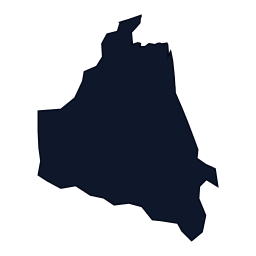 outline of Louroukina, Cyprus
{"feature_id": "46923920B91087779274595", "entity_name": "Louroukina", "entity_type": "district", "adm_level": 2, "iso_a3": "CYP", "parent_name": "Cyprus", "parent_adm1": "", "projection": "mercator", "projection_center": [33.49, 35.022], "detail": "fine", "context": "isolated", "style": "filled", "palette": "ink", "viewbox_px": 256, "rotation_deg": 0, "n_neighbors": 0, "source": "geoboundaries", "source_scale": "gbopen_adm2", "svg_char_len": 1273}
<svg xmlns="http://www.w3.org/2000/svg" viewBox="0 0 256 256"><path d="M119.8,22.4L120.2,22.7L117.5,31.5L107.1,34.1L101.9,43.7L102.7,56.8L96.6,66.5L84.4,71.7L82.7,81.4L74.9,98.0L60.9,109.4L38.3,111.1L38.3,131.2L39.1,147.9L40.9,161.0L38.3,175.0L47.8,181.1L60.9,188.1L75.7,185.5L82.5,189.9L90.5,195.1L103.6,197.8L114.1,204.8L128.9,203.0L141.9,206.5L152.4,219.6L161.1,220.5L177.7,223.1L182.0,231.0L191.6,240.6L198.7,234.7L202.1,231.9L204.2,221.9L205.3,216.5L205.5,215.3L202.2,207.2L198.6,198.6L199.0,192.3L199.4,186.8L199.6,186.2L206.3,179.5L206.4,179.4L217.7,186.4L215.1,168.9L205.5,164.5L196.8,158.4L197.2,154.8L197.7,149.6L195.2,142.8L193.6,138.5L190.4,130.0L187.2,121.6L184.4,114.7L181.5,107.6L181.1,106.7L175.1,92.9L174.9,87.2L174.6,85.0L174.2,77.9L173.9,74.7L172.6,61.9L172.4,60.3L170.7,51.6L170.6,51.3L169.8,53.0L169.7,53.5L168.1,56.3L168.1,51.3L167.6,44.7L166.9,43.2L161.8,44.0L159.7,43.2L159.0,43.3L158.4,43.5L158.0,43.5L157.7,43.6L157.2,43.6L155.2,44.8L149.1,43.7L147.8,44.6L145.4,46.6L140.5,46.9L140.5,46.5L139.9,46.5L140.5,43.7L139.3,43.1L137.7,42.9L132.4,44.5L132.1,41.2L131.3,32.7L131.3,32.3L135.8,27.5L139.7,22.9L139.8,22.7L140.2,18.4L141.0,16.4L141.0,15.4L128.9,19.6L121.5,21.8L120.3,22.3L119.8,22.4Z" fill="#0f172a" stroke="#020617" stroke-width="1.5"/></svg>